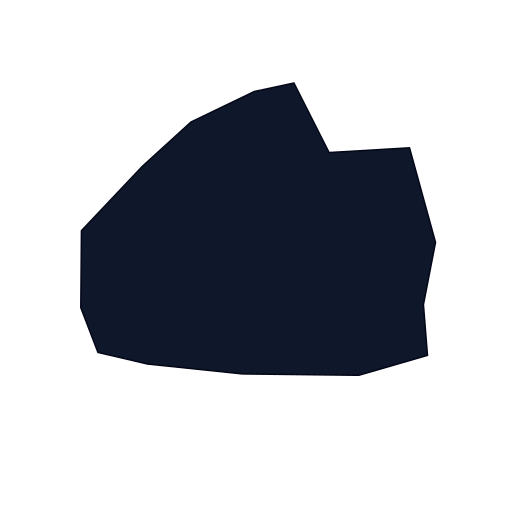 Sinaoros, Nicosia, Cyprus (Natural Earth projection), rotated 339°
{"feature_id": "46923920B84244452261126", "entity_name": "Sinaoros", "entity_type": "district", "adm_level": 2, "iso_a3": "CYP", "parent_name": "Cyprus", "parent_adm1": "Nicosia", "projection": "natural_earth1", "projection_center": [32.911, 35.009], "detail": "fine", "context": "isolated", "style": "filled", "palette": "ink", "viewbox_px": 512, "rotation_deg": 339, "n_neighbors": 0, "source": "geoboundaries", "source_scale": "gbopen_adm2", "svg_char_len": 361}
<svg xmlns="http://www.w3.org/2000/svg" viewBox="0 0 512 512"><g transform="rotate(339 256 256)"><path d="M313.4,101.8L243.3,107.6L182.1,131.5L102.1,169.8L73.9,241.5L73.9,289.4L116.2,318.1L201.0,361.2L309.2,404.2L380.5,410.2L394.9,361.4L428.5,307.6L438.1,210.0L361.3,185.6L353.4,108.1L313.4,101.8Z" fill="#0f172a" stroke="#020617" stroke-width="1.5"/></g></svg>